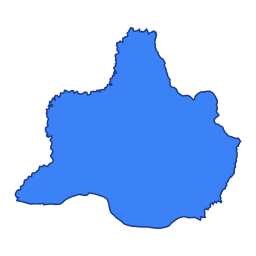 outline of Itapagipe, Minas Gerais, Brazil
{"feature_id": "56859067B87916388852048", "entity_name": "Itapagipe", "entity_type": "district", "adm_level": 2, "iso_a3": "BRA", "parent_name": "Brazil", "parent_adm1": "Minas Gerais", "projection": "natural_earth1", "projection_center": [-49.437, -19.757], "detail": "fine", "context": "isolated", "style": "filled", "palette": "blue", "viewbox_px": 256, "rotation_deg": 0, "n_neighbors": 0, "source": "geoboundaries", "source_scale": "gbopen_adm2", "svg_char_len": 5690}
<svg xmlns="http://www.w3.org/2000/svg" viewBox="0 0 256 256"><path d="M60.7,93.0L60.3,94.5L59.9,96.2L59.1,97.2L58.0,96.3L57.0,95.5L55.5,95.5L54.7,96.8L54.9,98.2L55.1,99.9L53.9,99.3L53.3,98.0L52.1,99.2L52.0,101.1L51.0,102.1L49.9,101.3L49.4,102.8L50.0,104.1L51.0,104.6L52.3,104.8L52.1,106.4L50.6,106.2L49.0,105.2L48.3,106.4L49.3,107.3L49.1,108.6L47.8,109.2L46.5,109.3L46.6,110.5L47.5,112.0L46.4,113.1L46.8,114.9L47.1,117.1L48.4,118.2L48.3,119.7L47.7,120.9L47.4,122.5L47.3,124.3L48.2,125.9L47.0,126.8L45.9,127.4L45.5,128.5L45.5,130.1L46.1,132.1L47.6,133.4L47.7,135.1L46.6,134.9L46.9,136.4L48.3,137.2L49.8,136.4L51.5,136.0L51.8,137.6L50.9,138.5L50.2,140.1L51.3,141.6L51.8,143.1L51.8,144.4L51.3,145.5L50.7,146.9L50.9,148.8L52.3,149.9L53.0,151.3L52.3,152.9L51.4,154.4L50.5,156.1L51.8,157.6L52.6,158.7L53.3,159.8L53.0,161.3L52.1,162.7L50.7,163.3L49.3,164.0L48.3,165.3L47.4,166.4L46.3,166.3L45.0,165.5L43.4,165.1L42.7,166.8L41.3,166.6L40.0,166.2L39.3,167.2L39.2,168.6L38.5,170.2L37.0,171.0L35.9,172.3L34.4,173.0L33.1,172.8L32.1,173.6L31.6,174.9L31.6,176.7L30.1,176.5L28.9,176.3L28.0,177.7L27.3,179.2L25.8,179.8L24.5,180.3L24.2,182.1L24.0,183.5L23.4,185.0L21.8,185.8L20.5,187.0L20.6,188.7L20.1,190.1L18.7,189.9L17.7,190.1L16.8,191.2L16.1,192.3L15.5,193.4L15.4,195.0L15.9,196.1L16.8,197.4L18.3,197.7L17.4,199.0L16.8,200.6L22.4,201.7L30.4,204.0L38.8,203.7L40.0,204.1L41.5,203.6L43.3,203.4L43.7,204.7L50.5,204.0L54.2,204.2L55.8,204.4L58.9,204.3L60.2,204.0L62.2,202.8L65.3,199.9L67.1,198.8L69.3,197.6L72.5,196.4L74.8,195.8L77.7,194.7L78.9,194.5L80.7,194.6L84.1,195.3L85.2,195.4L86.5,195.3L87.8,194.4L89.1,193.0L93.7,193.6L97.8,194.8L103.5,196.7L105.8,198.1L107.0,199.1L108.3,201.7L109.4,207.4L110.1,210.4L110.9,212.3L112.9,214.4L113.9,214.9L115.6,217.0L116.5,217.8L121.8,221.5L123.6,223.4L125.2,224.4L128.6,225.4L132.3,226.2L140.1,226.8L141.6,226.9L146.3,226.9L153.6,227.8L155.1,228.1L161.0,228.1L166.6,226.8L168.3,226.1L169.7,225.2L170.9,223.5L175.9,219.7L177.5,218.6L179.6,217.6L182.7,216.7L184.0,216.6L185.2,216.7L187.6,217.5L188.7,217.7L194.5,217.4L196.6,218.2L197.8,218.8L200.3,220.1L201.0,218.4L200.7,216.9L202.4,217.1L203.8,217.2L205.2,217.3L204.7,215.9L204.7,213.9L204.7,212.2L204.3,210.8L205.1,209.3L206.0,208.3L206.7,209.3L207.9,209.7L208.8,208.1L210.6,206.6L210.1,204.5L211.2,203.6L212.1,203.0L213.0,204.4L213.9,202.8L215.0,201.7L216.4,202.8L217.4,201.3L218.6,201.3L219.9,201.6L221.0,202.6L221.7,201.6L220.4,199.7L220.9,197.9L220.1,196.1L220.2,194.8L221.2,194.0L220.8,192.7L221.8,192.0L222.5,190.8L223.0,189.5L224.2,189.3L225.4,188.2L225.5,186.9L226.7,185.4L226.2,183.4L227.3,182.2L228.2,181.0L228.4,179.7L229.4,178.7L229.9,177.3L231.3,176.9L232.1,175.8L233.1,174.5L234.3,172.8L234.2,170.9L234.4,169.5L234.5,167.9L235.5,167.0L235.3,165.8L235.4,164.4L234.8,163.4L235.9,162.5L236.5,161.0L236.0,158.9L236.8,157.4L237.1,156.0L236.8,154.8L237.2,153.3L236.8,152.1L236.2,151.1L237.0,149.2L236.1,147.5L237.0,146.5L238.3,146.2L238.4,144.8L239.2,143.8L239.7,142.3L240.6,141.4L239.6,140.1L239.0,139.0L238.1,138.2L237.0,138.4L235.7,138.4L233.7,137.7L232.2,137.1L231.1,136.6L229.5,136.4L227.8,135.4L226.9,134.2L225.9,133.4L224.9,132.0L223.9,130.3L223.3,129.2L222.8,127.4L221.3,126.3L220.0,125.9L218.9,124.9L217.5,124.1L216.0,124.0L215.0,123.0L214.3,121.5L214.2,120.1L214.8,118.9L215.4,118.0L216.8,116.9L218.1,116.0L218.8,115.0L217.8,113.6L216.7,112.5L216.4,111.1L217.1,109.5L217.4,107.9L216.8,106.4L216.4,104.7L217.2,103.1L217.3,100.7L216.6,99.2L215.8,97.6L214.9,95.8L214.1,94.7L213.2,93.5L211.8,92.4L210.6,91.7L209.5,91.3L207.3,91.3L206.0,91.5L205.0,91.7L203.8,91.8L202.6,91.9L201.1,92.0L199.5,92.7L198.2,93.6L197.0,94.5L196.1,95.3L195.4,96.3L194.9,97.5L194.6,99.0L193.6,100.0L192.4,98.9L191.5,97.8L190.2,96.8L188.7,95.7L187.1,95.5L186.0,95.6L184.7,95.7L183.2,95.9L182.0,95.8L180.7,94.7L179.2,93.8L178.3,93.1L177.6,92.1L177.0,90.7L176.5,89.5L175.6,88.5L174.2,87.6L172.5,87.4L171.0,86.5L170.0,85.2L170.1,83.3L169.7,81.2L170.0,79.5L168.8,78.1L167.8,76.3L167.4,75.2L167.4,73.8L166.6,72.6L166.3,71.1L166.0,69.1L165.3,67.6L164.5,66.4L164.4,64.7L165.1,63.1L164.3,61.5L163.5,60.2L162.8,59.0L161.8,58.5L160.7,58.0L160.0,57.0L159.4,55.8L158.5,54.9L158.1,52.9L157.1,51.5L156.2,50.0L155.6,48.2L155.1,46.3L155.4,44.6L154.9,43.1L154.6,41.9L155.2,40.7L155.1,38.9L156.0,37.5L156.1,36.1L156.5,34.3L155.5,33.6L156.0,32.3L154.5,31.7L153.6,30.9L152.7,31.8L151.3,32.2L150.1,32.9L148.6,33.9L147.9,32.2L147.5,30.7L146.6,29.2L145.3,30.3L144.3,31.4L142.7,32.0L141.8,31.3L140.4,31.9L139.5,30.9L139.5,29.3L138.2,30.0L136.9,30.9L135.2,31.0L133.9,31.3L133.1,30.2L133.2,28.6L131.9,27.9L130.7,27.9L129.9,29.1L129.2,30.6L128.4,32.1L127.3,33.1L127.5,34.4L127.7,35.9L126.9,36.8L125.5,36.7L124.2,37.7L122.9,38.2L122.8,39.7L122.9,41.0L122.8,42.3L121.5,41.9L120.2,41.1L118.8,42.5L117.2,42.7L116.7,44.1L116.5,45.5L117.6,46.6L117.0,49.1L117.2,50.7L118.6,51.2L118.6,53.0L117.7,53.8L116.3,54.2L115.2,55.1L115.5,57.3L115.9,59.1L115.5,60.3L116.3,61.3L116.3,63.0L115.3,63.9L116.0,65.5L114.8,66.6L113.8,67.8L114.4,69.4L115.1,71.2L116.4,71.9L116.3,73.2L115.1,73.3L114.1,72.1L113.6,73.3L114.2,75.0L112.6,75.6L112.4,77.3L111.7,78.6L110.5,78.4L110.2,79.7L110.5,81.2L109.5,82.5L110.0,83.6L111.5,83.8L111.8,85.2L110.6,85.3L108.9,84.4L107.6,84.6L107.1,86.2L106.3,87.3L104.9,87.8L104.8,89.6L103.1,89.5L101.2,89.8L100.0,90.0L100.4,91.7L98.9,91.5L97.9,90.1L96.9,90.5L96.1,91.7L94.7,91.5L93.3,91.5L92.1,91.4L90.7,92.1L90.4,94.5L89.0,94.7L87.5,94.9L87.2,93.5L86.6,92.3L85.0,92.1L83.7,92.8L82.6,93.8L81.0,94.1L79.5,93.8L78.1,93.4L77.6,91.7L76.5,91.5L75.4,92.2L74.5,93.3L73.6,92.1L73.4,90.8L71.9,90.8L70.7,91.1L69.6,91.7L68.6,92.3L67.5,91.3L65.8,90.4L64.5,90.4L64.4,92.1L63.0,92.9L62.0,93.4L60.7,93.0Z" fill="#3b82f6" stroke="#1e3a8a" stroke-width="1.5"/></svg>